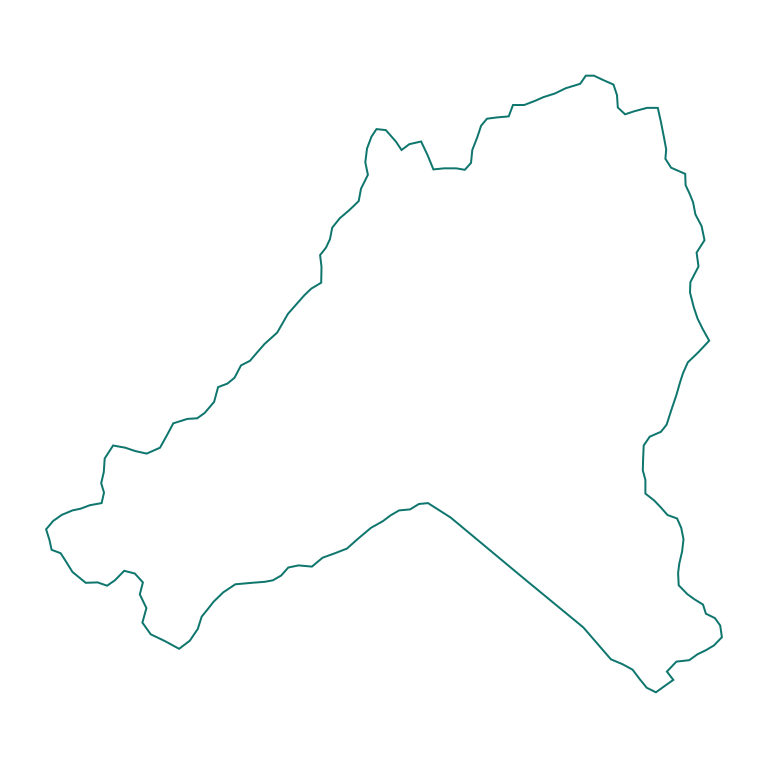 Luiz Alves, Santa Catarina, Brazil (Mercator projection)
{"feature_id": "56859067B92746316194010", "entity_name": "Luiz Alves", "entity_type": "district", "adm_level": 2, "iso_a3": "BRA", "parent_name": "Brazil", "parent_adm1": "Santa Catarina", "projection": "mercator", "projection_center": [-48.897, -26.726], "detail": "fine", "context": "isolated", "style": "outline", "palette": "teal", "viewbox_px": 768, "rotation_deg": 0, "n_neighbors": 0, "source": "geoboundaries", "source_scale": "gbopen_adm2", "svg_char_len": 2457}
<svg xmlns="http://www.w3.org/2000/svg" viewBox="0 0 768 768"><path d="M704.5,240.2L701.6,226.1L695.4,214.4L693.1,202.4L689.7,193.9L685.6,185.2L685.2,173.9L671.1,167.7L665.4,158.8L666.2,149.4L664.0,137.6L660.9,121.8L657.8,107.9L646.8,107.9L633.8,111.4L625.1,114.3L617.8,107.5L617.0,95.2L613.5,84.6L603.3,80.1L594.0,75.7L585.8,75.7L580.2,83.8L565.8,88.2L554.6,93.6L543.5,97.1L535.6,100.6L524.2,105.0L513.0,105.0L508.7,116.4L497.2,117.4L487.0,118.7L481.1,125.7L477.3,137.2L472.3,150.0L471.0,162.9L464.8,169.8L456.0,168.3L444.6,168.3L433.4,169.4L427.7,155.4L421.1,141.5L409.3,144.2L401.5,150.0L396.0,141.7L385.8,130.1L376.5,129.1L371.5,136.6L367.0,148.6L365.3,162.3L367.9,174.8L361.0,188.7L358.7,201.1L349.1,210.3L339.8,218.2L332.2,227.7L330.0,239.1L326.0,247.6L320.1,255.1L321.5,266.8L321.2,282.7L311.3,288.6L304.6,295.0L296.7,303.9L287.9,313.9L277.2,332.6L264.5,344.0L255.7,354.1L250.0,360.8L241.0,365.4L234.5,377.8L227.4,383.6L218.1,387.1L214.1,401.9L204.7,412.9L197.2,418.3L187.4,418.9L173.3,423.3L166.7,435.7L160.0,447.7L146.7,453.6L135.4,451.1L125.2,447.7L113.1,445.5L104.7,458.5L103.8,472.0L101.2,483.2L104.0,492.6L101.6,503.1L89.9,505.2L80.6,508.7L72.5,510.4L61.9,514.8L53.1,521.0L46.1,529.3L49.5,540.1L51.6,549.8L60.6,553.2L65.4,560.6L72.5,572.0L85.7,582.8L97.6,582.4L107.1,585.7L114.9,580.3L124.2,570.8L134.8,573.5L142.9,582.4L139.8,594.4L146.4,608.1L142.4,622.6L150.7,634.3L164.5,640.9L179.1,648.8L189.8,640.7L197.8,628.9L201.7,616.6L207.4,609.6L213.6,601.7L223.3,592.3L235.3,584.3L252.1,582.8L264.8,581.8L272.9,580.3L281.2,575.5L288.3,567.5L298.6,565.4L311.9,566.6L322.6,557.7L335.3,553.1L346.9,548.6L357.9,538.8L371.0,527.8L383.1,521.0L390.5,515.4L399.1,510.4L410.1,509.4L418.9,504.0L428.0,503.1L450.6,517.5L516.1,572.0L525.6,579.9L583.3,627.4L610.9,659.3L622.3,664.1L632.6,669.7L640.0,679.5L646.8,687.8L655.9,692.3L666.6,684.6L673.3,679.9L666.9,671.6L676.4,661.6L689.2,660.2L697.6,654.2L705.9,650.2L714.0,645.4L721.9,637.2L720.2,625.5L714.9,618.1L705.9,613.7L703.0,604.6L694.3,599.2L687.4,594.2L678.7,585.3L678.1,572.9L679.3,563.5L682.1,551.5L683.5,539.2L681.2,527.8L677.1,518.5L667.5,515.0L660.9,507.5L654.2,500.5L645.4,493.6L645.4,479.9L642.8,470.4L643.1,459.4L643.7,445.5L649.7,436.7L660.9,431.8L666.6,424.7L671.4,409.8L676.4,395.0L680.2,381.8L683.0,373.2L687.8,362.4L698.5,352.1L709.2,340.7L702.8,329.2L697.6,318.7L693.7,307.0L690.0,292.5L690.4,282.1L698.5,266.5L696.6,252.6L704.5,240.2Z" fill="none" stroke="#0f766e" stroke-width="2"/></svg>